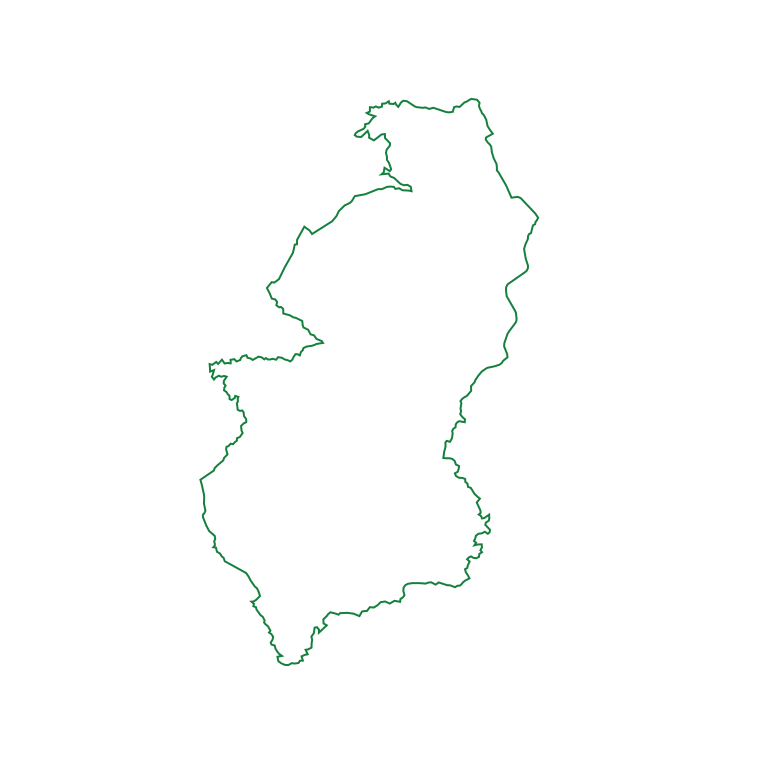 outline of Tupanciretã, Rio Grande do Sul, Brazil, rotated 117°
{"feature_id": "56859067B7192877015433", "entity_name": "Tupanciretã", "entity_type": "district", "adm_level": 2, "iso_a3": "BRA", "parent_name": "Brazil", "parent_adm1": "Rio Grande do Sul", "projection": "robinson", "projection_center": [-54.006, -29.009], "detail": "fine", "context": "isolated", "style": "outline", "palette": "green", "viewbox_px": 768, "rotation_deg": 117, "n_neighbors": 0, "source": "geoboundaries", "source_scale": "gbopen_adm2", "svg_char_len": 6155}
<svg xmlns="http://www.w3.org/2000/svg" viewBox="0 0 768 768"><g transform="rotate(117 384 384)"><path d="M452.7,231.0L457.9,233.8L459.3,235.6L457.5,237.7L457.3,240.3L455.0,239.4L453.1,240.5L447.4,247.6L442.6,246.5L441.9,249.8L440.8,253.5L437.2,259.4L437.5,262.5L434.8,264.5L434.3,267.1L431.8,268.5L432.1,271.5L433.5,274.6L433.3,278.1L431.4,280.3L428.8,278.5L425.4,279.0L423.0,279.9L423.1,283.4L420.6,285.9L419.7,289.1L420.5,292.1L421.9,294.8L423.0,297.5L417.1,299.6L412.2,300.6L408.1,302.7L406.2,302.3L405.6,299.0L401.6,298.8L397.0,300.3L394.8,302.0L392.5,301.9L390.0,300.6L387.6,301.7L385.3,301.5L383.0,300.2L381.4,294.7L378.7,295.8L377.8,299.3L376.3,302.4L373.6,302.8L371.1,304.7L365.8,306.4L364.6,308.1L361.9,307.6L359.2,306.3L357.1,304.8L350.6,303.2L346.3,305.5L341.4,304.1L339.1,304.4L333.5,303.7L328.7,302.6L324.4,300.4L322.6,299.2L318.1,293.6L314.4,289.9L312.2,288.7L309.3,288.4L304.1,286.1L301.3,288.0L295.9,294.1L293.1,295.3L283.4,296.7L280.7,296.5L269.7,294.6L267.8,294.7L265.7,295.5L260.8,298.7L259.4,300.3L250.1,314.5L245.4,317.7L242.2,319.1L239.1,319.1L220.1,309.0L218.3,308.3L215.7,308.3L213.2,309.4L208.1,314.5L200.1,320.5L195.3,321.4L189.7,321.6L186.8,322.8L184.5,322.8L182.8,321.5L177.1,322.9L174.8,323.2L172.9,321.9L170.8,322.6L168.9,322.1L165.8,322.2L163.3,326.9L156.3,346.6L156.5,349.7L160.1,355.0L151.6,365.4L143.3,378.2L142.5,380.4L140.2,381.5L136.9,383.6L133.1,388.7L128.3,393.3L124.0,396.1L122.6,398.3L121.6,401.5L120.0,404.3L118.1,405.0L111.6,400.7L109.6,404.7L107.2,408.8L102.1,412.9L99.1,417.1L98.2,419.7L96.7,421.3L95.2,423.5L93.2,425.6L90.0,426.6L88.5,430.1L90.3,435.6L92.2,437.0L94.5,438.3L96.7,440.2L102.8,442.4L103.8,445.4L105.5,447.2L110.2,446.3L112.2,448.9L113.4,451.8L115.5,465.5L118.4,468.6L118.8,472.7L120.3,474.8L122.5,480.6L122.7,482.9L121.6,491.7L122.8,495.3L125.2,496.6L130.6,497.1L129.6,500.0L128.3,501.6L130.2,502.6L131.8,506.5L129.9,508.1L133.3,510.0L135.1,512.9L137.8,511.8L140.2,514.2L140.4,517.3L142.5,518.9L143.7,522.2L147.7,520.3L150.3,522.4L150.5,520.0L149.5,513.4L152.4,514.9L158.7,515.9L161.2,518.8L163.3,517.5L165.7,517.9L170.8,521.9L173.2,523.0L175.5,523.1L176.0,520.5L174.2,516.4L165.9,513.5L168.9,510.2L171.3,509.1L171.5,503.6L162.8,499.5L160.9,496.7L164.4,494.7L166.7,488.0L169.0,487.0L174.0,488.0L177.1,487.2L180.5,484.3L182.9,483.2L184.7,480.0L189.4,475.1L191.7,475.5L191.1,481.7L195.7,480.3L198.3,481.4L194.4,475.4L196.2,472.5L195.8,468.6L198.2,460.2L197.9,456.6L195.9,453.5L196.1,449.8L199.7,447.0L200.4,449.7L203.0,455.5L202.7,459.3L205.0,462.5L203.9,464.7L205.1,467.8L207.0,470.8L211.4,474.4L213.1,477.8L223.3,486.7L229.9,495.3L235.8,495.7L238.3,496.7L242.7,500.1L250.3,502.7L256.2,502.6L262.6,504.1L283.0,516.2L281.0,520.1L280.0,526.4L295.0,526.9L299.0,525.0L300.3,526.8L308.4,524.7L325.1,525.4L338.3,525.2L343.5,527.8L344.2,530.3L351.6,531.9L355.3,526.8L358.9,522.7L358.0,519.4L359.5,516.4L362.7,515.7L363.3,512.3L362.1,510.6L362.9,507.9L366.9,505.7L365.5,498.8L365.8,495.3L365.1,492.6L365.0,485.4L368.6,483.1L370.2,481.4L370.1,476.2L373.1,472.0L372.4,468.4L374.5,464.7L374.0,459.0L375.1,457.0L378.7,462.0L382.5,465.3L385.7,469.9L388.6,472.1L390.7,471.7L392.9,472.5L396.8,472.0L396.7,474.4L397.6,476.4L401.5,476.9L404.0,476.7L406.5,477.8L406.5,480.4L407.2,483.6L407.0,486.9L408.2,490.6L411.3,491.1L412.1,494.7L413.7,496.4L414.9,498.7L414.5,501.0L416.4,501.9L415.8,505.1L416.6,508.2L422.2,511.9L421.8,514.3L422.6,517.5L420.8,519.6L423.5,522.7L426.0,523.3L427.9,523.0L430.9,525.7L429.8,528.6L432.1,531.7L435.2,530.0L436.4,533.1L438.1,535.3L435.9,539.4L441.4,540.9L440.5,543.5L444.9,545.7L445.4,548.4L451.9,544.5L448.8,541.8L453.5,540.8L455.7,540.7L457.2,537.5L454.8,537.1L451.6,534.9L451.4,532.2L449.5,530.3L448.9,527.5L453.9,528.1L456.4,527.0L457.2,524.5L459.8,524.6L462.3,523.6L462.6,520.8L463.9,518.8L464.7,516.3L467.6,514.7L467.4,512.4L464.0,510.6L462.2,511.1L461.6,507.9L463.9,507.5L465.9,506.2L468.0,506.3L473.4,502.6L473.3,500.0L471.9,498.3L473.1,496.1L476.0,494.3L477.9,490.8L480.6,489.4L482.7,491.1L486.2,492.3L490.1,489.9L491.8,487.7L496.7,488.4L499.1,490.4L501.3,489.4L503.6,490.5L506.1,491.1L506.8,493.5L510.0,494.4L511.4,495.8L513.8,495.1L517.7,491.5L522.4,492.9L525.2,492.6L532.1,495.5L535.8,496.7L538.3,496.3L552.7,504.1L556.7,500.4L564.5,494.0L567.3,492.4L572.2,490.2L577.9,485.6L580.5,485.4L582.6,486.0L584.8,484.9L590.7,478.2L594.3,473.2L596.2,465.9L598.7,464.0L601.3,463.9L602.9,462.4L604.7,461.4L606.9,461.9L606.1,459.4L609.3,456.7L609.5,453.1L611.3,450.2L611.7,448.0L614.2,445.4L615.0,421.0L617.2,417.0L619.2,414.3L623.1,407.2L623.7,404.4L626.2,401.2L629.2,398.2L634.5,400.0L636.9,401.4L638.1,403.3L639.0,400.0L641.3,399.5L641.0,396.7L642.8,395.3L646.0,389.1L646.5,386.3L648.8,383.1L651.0,382.5L651.9,380.4L652.5,377.4L655.4,373.2L657.7,373.6L657.9,371.1L659.4,368.1L662.5,367.2L665.8,367.6L667.3,365.8L666.6,362.7L669.2,360.4L670.9,357.5L672.0,355.3L672.6,351.5L675.4,355.1L679.0,352.2L679.5,348.6L679.3,344.8L677.9,341.7L674.6,339.4L673.6,336.6L671.4,333.5L668.8,333.3L667.3,330.7L664.1,333.8L661.1,331.4L659.5,329.3L656.4,333.2L655.0,331.2L651.8,328.9L647.6,330.9L644.6,331.8L642.1,334.0L637.8,333.4L632.6,335.2L631.1,333.3L632.4,330.4L635.1,329.1L625.0,325.4L624.8,329.1L621.3,331.2L616.6,329.6L614.4,329.3L611.7,328.1L610.5,322.6L610.2,319.8L608.2,319.2L607.1,317.3L604.5,312.7L602.4,306.7L602.0,300.5L596.6,300.3L593.8,296.1L589.3,295.3L587.8,291.6L583.8,289.2L580.0,288.0L577.3,284.3L577.0,279.2L572.4,276.2L570.8,270.8L568.0,271.7L565.6,270.3L562.8,269.9L559.7,272.8L556.5,274.1L553.4,273.6L551.1,271.9L548.4,268.1L545.1,261.5L542.9,256.2L541.3,254.9L539.3,252.1L539.3,246.9L536.0,245.2L534.6,236.4L533.4,233.9L532.8,228.4L530.5,227.0L529.1,224.8L527.0,224.0L524.6,223.5L522.3,222.4L518.4,219.6L516.1,222.8L514.6,225.6L512.2,227.7L510.2,226.3L507.5,227.0L503.3,227.1L502.4,230.4L500.1,229.7L498.1,228.2L498.3,225.2L497.4,222.8L494.9,220.9L492.1,221.9L489.4,220.3L488.3,222.6L485.0,222.6L482.5,224.2L484.5,227.7L486.7,230.2L483.6,229.9L483.0,232.6L480.5,232.5L477.6,233.2L474.7,232.0L472.7,229.1L469.9,227.1L470.3,223.5L468.3,222.6L465.8,223.3L463.5,229.8L461.2,230.3L458.2,228.6L456.1,229.1L452.7,231.0Z" fill="none" stroke="#15803d" stroke-width="2"/></g></svg>